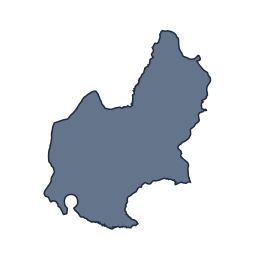 the district of Senafe, Debub, Eritrea, rotated 9°
{"feature_id": "51966322B59675289253253", "entity_name": "Senafe", "entity_type": "district", "adm_level": 2, "iso_a3": "ERI", "parent_name": "Eritrea", "parent_adm1": "Debub", "projection": "orthographic", "projection_center": [39.494, 14.702], "detail": "fine", "context": "isolated", "style": "filled", "palette": "slate", "viewbox_px": 256, "rotation_deg": 9, "n_neighbors": 0, "source": "geoboundaries", "source_scale": "gbopen_adm2", "svg_char_len": 5860}
<svg xmlns="http://www.w3.org/2000/svg" viewBox="0 0 256 256"><g transform="rotate(9 128 128)"><path d="M78.4,107.4L77.8,109.2L76.2,112.1L74.5,116.4L73.2,119.1L71.1,122.3L69.5,124.3L67.1,128.5L62.9,130.1L54.5,134.5L53.6,138.0L53.4,146.1L54.2,149.8L54.1,152.3L54.2,154.3L53.8,157.8L54.0,159.5L53.5,162.1L53.5,163.9L53.8,167.4L54.5,171.2L55.2,173.6L57.5,175.6L58.0,176.3L58.2,177.3L60.3,178.7L62.1,182.7L62.2,183.6L61.3,185.5L60.2,189.1L60.1,190.9L60.4,192.1L60.2,193.7L58.9,196.6L55.8,203.0L55.4,204.9L55.5,205.8L56.5,207.5L57.3,208.3L59.2,208.6L60.2,208.9L60.9,209.8L62.7,212.7L63.6,213.0L65.4,211.6L65.6,211.7L67.0,211.6L68.7,212.2L70.8,214.5L71.3,216.4L73.0,217.0L73.8,217.7L76.5,221.4L77.4,222.9L77.9,223.4L80.4,222.5L80.9,222.1L80.7,217.1L80.3,216.5L78.5,215.1L77.5,213.5L76.8,211.4L76.5,209.2L76.6,207.8L77.0,206.4L78.0,204.6L79.9,203.1L82.3,202.5L84.0,202.4L85.5,202.7L87.8,204.1L89.1,206.1L89.6,207.5L90.0,210.2L89.9,211.7L88.5,213.9L87.0,215.7L88.8,217.9L89.1,218.1L89.5,218.0L91.7,219.7L92.4,220.0L93.2,221.2L95.0,223.1L96.4,223.2L96.9,222.8L97.8,222.9L99.3,223.8L100.7,223.9L101.5,224.2L103.1,225.4L105.0,225.8L105.8,226.3L106.5,226.3L106.8,226.6L107.8,226.3L108.2,225.8L109.9,226.3L110.6,226.0L111.0,226.2L111.2,225.7L112.2,225.6L112.1,225.8L112.3,226.0L113.4,225.6L113.4,226.4L113.6,226.6L114.8,227.0L115.2,226.3L115.4,226.8L116.1,226.9L116.6,227.4L117.1,227.4L118.0,228.5L118.6,228.0L119.2,228.0L119.4,227.3L119.9,226.8L120.3,227.6L120.0,228.4L120.1,228.6L121.7,228.2L122.4,228.9L125.0,229.5L125.5,229.3L125.8,229.8L126.5,229.8L127.0,230.2L127.4,229.9L127.8,230.2L128.1,230.2L128.4,229.7L128.9,229.5L128.9,228.8L128.6,228.2L129.1,228.2L129.3,228.0L130.1,228.7L131.1,228.1L131.1,227.6L131.5,227.3L132.4,227.5L132.7,227.0L133.8,226.7L134.4,226.8L135.1,227.4L135.7,227.5L137.2,226.6L137.8,226.7L138.1,226.0L140.0,226.1L141.1,225.7L141.4,225.8L142.0,226.7L143.6,226.2L146.1,226.2L146.6,226.0L146.8,225.0L147.4,224.3L147.9,223.4L148.5,223.4L149.5,223.1L151.0,223.2L151.6,222.1L152.7,221.0L151.5,220.1L151.7,219.6L151.1,219.4L150.5,218.7L149.5,218.4L148.7,217.7L148.0,217.9L146.4,217.7L145.1,217.2L144.9,216.5L143.9,216.3L143.8,215.8L142.2,215.5L141.7,214.3L140.7,213.8L139.9,213.7L140.1,213.0L139.6,212.3L139.2,211.3L138.6,210.6L138.3,210.4L137.9,210.4L137.7,210.2L137.7,207.7L138.4,205.6L137.7,204.9L138.2,203.0L138.7,202.2L138.8,201.3L139.0,200.8L138.4,199.4L138.4,196.9L139.2,195.7L141.7,193.8L142.4,192.5L146.0,189.6L147.2,186.1L148.5,184.7L150.4,184.2L150.8,181.6L152.2,180.7L152.8,179.6L153.4,179.3L154.6,179.5L156.1,180.0L157.5,180.0L158.5,179.8L159.5,178.7L160.2,177.4L161.2,176.2L161.9,175.9L162.9,175.9L164.6,175.6L167.8,174.2L169.4,173.1L171.9,171.9L173.8,172.4L174.6,171.9L175.1,171.8L175.7,172.5L176.1,172.6L177.7,171.8L178.2,171.9L178.8,172.2L179.3,172.1L180.4,172.7L181.9,172.0L182.2,172.6L182.1,173.0L182.3,173.5L182.8,173.8L183.5,173.7L183.9,174.3L183.2,175.8L183.4,176.3L183.8,176.5L185.7,175.3L186.5,174.5L189.1,173.2L190.3,173.5L193.9,173.5L195.7,172.0L197.6,171.5L198.0,171.6L195.2,166.0L193.5,159.0L193.4,158.1L193.7,155.8L193.4,154.8L192.8,153.5L191.9,152.6L187.0,149.7L185.0,148.0L184.5,147.4L184.3,146.9L184.5,145.6L184.9,144.8L184.9,144.5L184.3,143.9L184.2,143.0L180.6,140.2L180.3,139.6L180.4,138.7L180.7,137.7L181.7,136.3L182.8,135.6L183.4,134.4L184.2,133.5L186.2,132.2L188.5,130.0L189.6,128.6L190.9,124.9L190.6,122.9L190.0,120.8L189.9,119.8L190.3,119.0L192.7,116.5L193.4,115.3L194.3,113.1L195.1,112.5L196.6,110.8L197.1,109.8L197.1,108.9L196.0,106.1L195.8,105.1L195.3,104.1L196.2,102.0L196.4,101.7L197.1,101.5L197.6,100.9L199.3,100.3L200.7,98.5L202.0,98.7L202.6,98.4L202.3,97.8L201.7,97.4L200.3,97.9L198.0,97.4L197.5,96.4L197.4,95.4L197.0,94.8L197.1,94.2L196.7,93.2L196.9,92.0L198.1,90.5L197.5,90.2L197.2,90.2L196.6,89.6L197.0,89.3L197.4,88.7L198.2,88.4L200.0,86.9L200.7,85.6L200.5,84.7L201.3,83.2L201.1,82.8L201.2,82.3L200.9,81.7L200.8,80.5L200.2,79.6L199.9,78.7L199.6,76.5L199.6,75.0L199.8,74.1L201.6,70.2L202.1,68.5L201.5,65.9L201.1,65.2L200.1,64.4L198.6,62.8L198.5,62.0L197.7,60.8L193.6,58.9L188.2,54.3L186.3,51.9L185.6,51.6L185.6,51.1L187.9,50.1L188.4,49.5L188.5,48.7L188.3,47.8L187.1,45.7L186.1,45.4L185.6,45.6L184.3,47.6L183.0,49.1L181.9,49.7L180.0,50.2L177.8,50.3L177.3,49.9L176.3,49.6L171.9,48.7L170.8,48.1L169.3,45.6L166.7,42.5L166.2,41.5L165.6,39.9L164.8,36.6L164.2,33.3L163.6,31.7L162.8,30.9L162.1,30.6L160.5,28.2L159.8,27.9L158.0,26.7L155.3,26.0L152.3,25.8L148.9,26.7L146.6,26.4L146.5,26.9L145.6,27.8L145.6,28.8L144.8,30.4L145.5,33.4L144.7,38.3L143.5,40.0L142.3,40.1L141.7,40.0L141.2,40.3L140.0,43.9L139.4,44.8L140.6,46.4L141.1,48.2L140.8,49.0L139.8,51.0L139.7,52.0L140.4,53.1L141.7,53.8L142.0,54.2L141.8,54.5L139.6,56.3L139.1,57.0L139.0,57.8L139.3,58.9L139.2,59.6L139.3,61.4L138.9,62.0L138.0,62.3L138.1,63.1L137.9,63.5L138.1,64.0L137.6,64.0L137.2,64.6L136.4,65.0L135.9,65.9L135.2,66.4L135.5,67.3L135.0,68.7L135.0,70.8L133.2,73.5L132.9,75.4L132.1,76.8L131.5,77.4L131.7,77.9L131.7,78.3L131.0,79.0L131.9,79.9L131.9,80.1L131.3,80.7L131.6,81.8L131.5,82.1L130.9,82.5L130.6,83.5L130.3,83.9L129.7,84.1L129.5,84.7L128.6,85.9L129.1,86.3L128.8,87.1L128.6,87.6L127.7,88.3L127.7,88.5L128.6,89.3L128.7,89.6L128.5,90.1L127.5,90.5L128.5,91.3L128.5,92.1L128.9,92.9L128.7,93.6L127.6,94.5L127.4,95.3L128.1,96.5L128.0,98.5L128.5,99.5L128.1,100.3L128.2,100.8L128.6,101.3L128.1,102.1L128.7,103.0L128.5,103.4L127.5,103.6L127.6,104.1L128.7,105.1L128.1,105.4L127.2,106.7L124.9,106.6L124.4,106.0L124.1,106.2L123.9,107.0L123.2,107.5L122.3,107.6L121.0,107.5L120.6,107.6L120.5,108.2L119.7,108.5L119.2,109.4L118.4,109.5L117.2,108.8L116.3,108.8L112.4,110.2L109.9,111.7L108.6,112.2L106.1,112.4L102.5,112.1L102.1,111.9L100.5,110.1L98.4,108.3L97.1,105.6L95.9,104.3L94.8,102.0L94.1,101.1L93.3,99.4L90.5,96.7L89.2,96.8L86.3,98.3L85.6,98.9L83.0,101.2L81.1,103.5L79.7,104.6L78.4,107.4Z" fill="#64748b" stroke="#1e293b" stroke-width="1.5"/></g></svg>